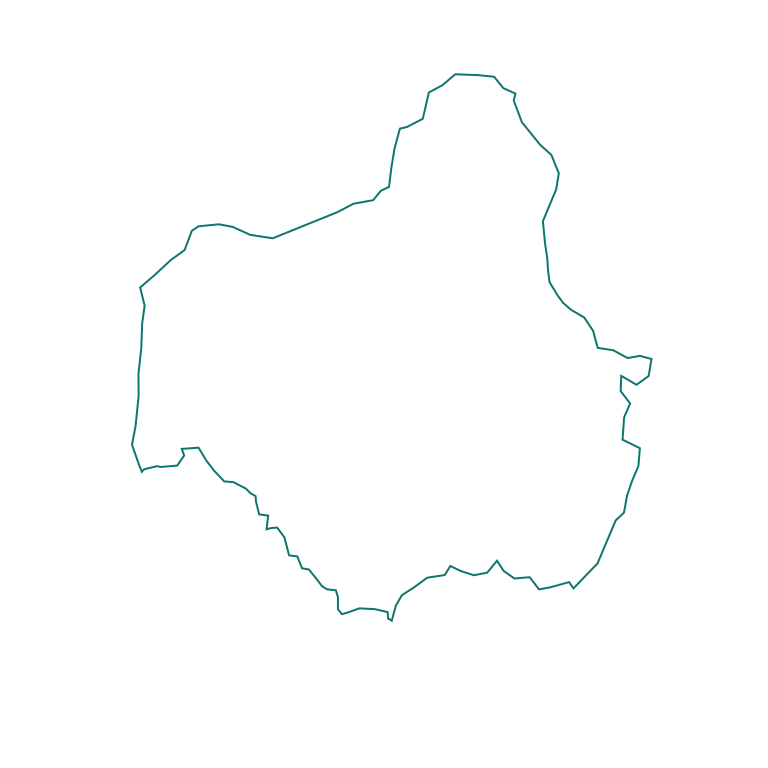 outline of Polemi, Paphos, Cyprus, rotated 158°
{"feature_id": "46923920B23159624661255", "entity_name": "Polemi", "entity_type": "district", "adm_level": 2, "iso_a3": "CYP", "parent_name": "Cyprus", "parent_adm1": "Paphos", "projection": "equal_earth", "projection_center": [32.514, 34.884], "detail": "fine", "context": "isolated", "style": "outline", "palette": "teal", "viewbox_px": 768, "rotation_deg": 158, "n_neighbors": 0, "source": "geoboundaries", "source_scale": "gbopen_adm2", "svg_char_len": 1762}
<svg xmlns="http://www.w3.org/2000/svg" viewBox="0 0 768 768"><g transform="rotate(158 384 384)"><path d="M465.5,161.6L456.0,174.1L446.5,181.5L432.8,184.1L416.5,188.2L399.2,184.1L390.7,190.4L382.5,181.5L372.3,173.0L359.0,170.4L345.4,177.8L343.1,165.9L335.9,154.8L321.3,150.3L317.2,135.5L306.0,133.2L286.6,131.0L284.9,123.5L253.2,137.7L220.2,170.8L209.7,174.8L200.7,189.1L190.6,200.9L178.9,212.6L170.8,228.6L183.7,243.0L173.8,263.2L163.1,273.7L167.2,288.7L161.0,302.7L150.2,288.7L135.6,292.3L126.6,307.0L136.2,314.2L148.4,316.8L158.9,329.5L172.3,337.4L170.2,355.0L173.5,370.7L182.8,382.8L187.6,392.2L190.0,402.0L192.3,416.4L189.4,427.8L185.4,439.8L182.3,453.0L175.7,475.4L151.5,499.9L143.0,513.8L143.0,533.6L149.7,547.5L158.1,575.2L157.5,598.3L153.3,604.0L162.6,613.7L166.8,627.6L181.2,635.2L201.9,644.5L217.8,639.2L233.2,637.5L244.1,621.9L248.7,615.4L266.2,613.7L273.6,614.8L285.9,598.6L296.5,581.2L305.5,564.9L314.6,564.3L325.2,558.5L344.9,562.6L362.9,560.8L389.5,560.8L411.8,560.8L432.6,560.8L452.2,572.4L465.5,586.4L477.2,593.9L496.9,599.7L504.8,598.0L518.7,582.9L535.1,578.8L536.4,578.4L543.9,575.5L556.4,570.7L561.5,569.0L573.9,564.9L576.6,546.3L585.6,530.6L595.7,508.0L607.9,485.3L615.9,465.0L630.3,437.7L640.4,422.1L641.4,401.2L641.4,393.3L638.3,394.8L625.4,392.9L622.0,390.7L606.3,385.8L596.1,392.5L595.8,399.6L579.8,394.4L577.4,379.5L574.0,367.3L568.6,353.5L560.4,349.4L551.2,338.7L548.6,332.5L545.1,328.2L546.8,322.5L548.6,309.9L540.7,305.4L547.3,293.3L542.9,292.8L536.8,290.9L533.8,279.0L536.2,260.7L529.0,256.6L529.0,243.8L523.1,240.2L520.1,230.3L517.2,219.8L513.8,215.0L505.9,210.8L506.6,203.4L511.1,192.5L509.2,186.3L503.0,185.7L490.9,185.2L476.7,178.6L466.1,171.2L468.0,165.1L465.5,161.6Z" fill="none" stroke="#0f766e" stroke-width="2"/></g></svg>